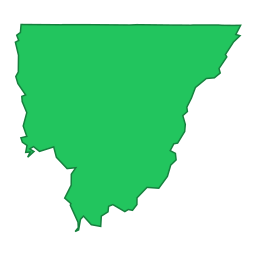 the district of Morehouse, Louisiana, United States of America
{"feature_id": "52423323B62333237786738", "entity_name": "Morehouse", "entity_type": "district", "adm_level": 2, "iso_a3": "USA", "parent_name": "United States of America", "parent_adm1": "Louisiana", "projection": "mercator", "projection_center": [-91.791, 32.757], "detail": "fine", "context": "isolated", "style": "filled", "palette": "green", "viewbox_px": 256, "rotation_deg": 0, "n_neighbors": 0, "source": "geoboundaries", "source_scale": "gbopen_adm2", "svg_char_len": 1187}
<svg xmlns="http://www.w3.org/2000/svg" viewBox="0 0 256 256"><path d="M240.6,25.3L234.5,25.4L232.1,25.4L222.1,25.3L218.3,25.0L197.8,25.0L193.3,25.0L190.8,25.2L190.7,25.2L180.6,25.1L177.6,25.1L174.5,25.1L174.1,25.1L136.7,24.7L130.0,25.0L88.3,24.7L62.4,24.7L61.7,24.8L21.1,24.5L20.4,32.5L16.7,35.2L18.7,40.4L15.4,42.2L18.5,55.2L18.3,72.0L15.8,76.5L17.9,83.6L25.6,94.9L21.8,96.4L22.2,101.6L26.8,112.6L23.2,126.0L26.8,136.4L20.9,137.8L22.4,142.2L27.0,145.4L25.7,152.4L30.2,152.0L27.7,157.2L34.0,151.5L29.7,148.9L33.5,146.6L39.5,151.4L53.7,146.9L56.4,157.3L67.1,168.6L75.8,167.7L71.3,174.2L71.2,185.2L64.7,198.1L70.9,203.6L70.3,205.2L78.0,222.2L78.3,227.6L75.2,231.5L78.6,229.9L80.5,219.3L83.5,216.1L91.3,224.7L100.7,226.4L101.3,216.1L108.0,211.8L108.6,206.3L112.9,204.6L124.8,211.6L128.3,209.5L132.5,210.3L136.9,204.6L137.0,197.8L147.0,187.4L158.8,188.2L167.4,176.4L170.7,165.1L176.1,159.9L175.4,153.4L170.2,150.6L173.8,143.8L177.6,143.1L184.7,131.5L185.3,124.4L182.8,115.6L187.4,111.5L186.8,107.2L191.4,98.1L195.4,87.5L206.3,78.5L214.4,77.8L220.2,73.0L219.0,68.5L226.8,56.9L225.4,54.5L233.5,42.0L240.0,35.7L235.8,34.5L240.6,25.3Z" fill="#22c55e" stroke="#15803d" stroke-width="1.5"/></svg>